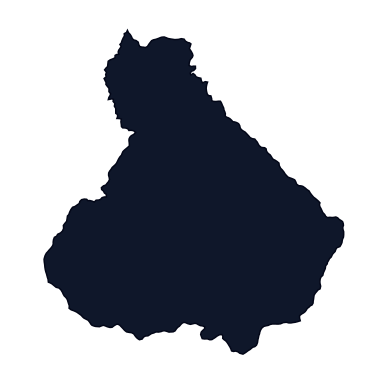 Gurinhatã, Minas Gerais, Brazil (Albers equal-area conic projection), rotated 358°
{"feature_id": "56859067B51410888588014", "entity_name": "Gurinhatã", "entity_type": "district", "adm_level": 2, "iso_a3": "BRA", "parent_name": "Brazil", "parent_adm1": "Minas Gerais", "projection": "albers", "projection_center": [-49.875, -19.057], "detail": "fine", "context": "isolated", "style": "filled", "palette": "ink", "viewbox_px": 384, "rotation_deg": 358, "n_neighbors": 0, "source": "geoboundaries", "source_scale": "gbopen_adm2", "svg_char_len": 5981}
<svg xmlns="http://www.w3.org/2000/svg" viewBox="0 0 384 384"><g transform="rotate(358 192 192)"><path d="M295.7,324.5L295.1,321.8L295.2,319.3L297.4,317.7L299.3,316.7L300.9,315.5L302.1,314.0L303.1,312.4L305.0,311.1L306.3,309.8L308.0,309.1L309.1,307.3L309.3,305.3L309.7,303.5L310.0,301.6L310.4,299.4L311.7,297.4L313.0,296.0L314.6,294.2L316.6,293.3L317.3,290.6L316.7,287.6L316.7,285.6L317.1,283.3L318.0,281.4L319.8,279.9L320.5,277.3L321.5,275.3L322.5,273.2L323.0,270.4L324.6,268.6L325.0,266.8L326.0,265.4L327.0,263.5L328.9,261.8L330.2,259.2L331.4,257.9L332.9,256.5L333.7,254.5L334.6,252.9L336.3,252.2L337.9,251.7L339.1,249.8L340.1,247.8L340.4,246.0L340.8,244.4L341.8,242.4L342.1,240.1L342.2,237.0L341.5,234.3L341.5,232.3L342.2,230.6L342.0,228.6L341.4,226.8L339.8,225.6L338.0,224.4L336.7,222.9L334.9,222.0L332.9,222.3L331.2,222.4L328.9,222.1L326.5,222.3L324.8,221.1L323.8,219.1L322.0,217.1L321.0,214.7L320.3,213.0L319.3,211.1L318.9,209.1L319.5,207.3L318.1,205.6L316.5,204.1L315.2,202.9L313.3,201.4L311.5,199.1L310.1,197.1L309.0,195.0L307.1,193.7L305.2,191.9L302.9,190.2L300.9,189.6L299.0,189.5L296.9,187.9L295.9,185.1L295.0,183.4L293.5,182.6L291.7,181.8L290.1,181.2L288.4,180.4L286.9,178.7L285.6,177.1L284.6,175.3L283.0,173.1L281.4,171.4L280.1,168.6L279.9,166.1L278.1,164.5L276.1,163.1L274.3,162.2L273.2,160.7L272.3,159.0L271.3,157.5L269.8,156.4L268.6,155.0L267.8,153.4L267.6,151.5L266.2,150.3L262.9,149.9L260.7,148.0L259.7,146.1L259.0,144.5L257.8,143.0L256.6,141.3L254.1,140.8L252.0,139.7L250.7,138.0L248.9,135.9L247.2,134.0L245.3,132.8L243.4,131.3L242.4,129.6L242.0,127.3L240.9,125.3L239.1,124.2L237.2,123.5L235.3,123.2L234.0,121.6L232.3,119.9L230.5,118.9L229.0,118.4L227.8,117.0L228.1,115.0L227.6,113.1L226.8,111.1L226.6,109.2L225.4,106.4L224.6,104.2L223.6,102.3L221.6,102.2L219.0,102.4L216.7,102.2L215.0,101.5L214.9,99.3L214.2,96.6L211.8,96.2L210.6,94.5L210.0,91.7L209.8,88.9L210.1,86.8L210.7,84.5L211.4,82.7L209.1,82.2L206.3,83.3L205.2,81.0L204.8,78.6L202.4,78.0L200.2,77.1L198.9,74.9L197.2,73.6L194.9,75.1L194.3,73.1L195.8,71.3L198.0,70.6L199.8,68.8L199.8,66.4L198.0,66.3L195.7,66.6L193.5,65.5L193.6,63.8L194.0,62.0L194.7,60.0L195.8,58.7L197.0,57.4L197.7,55.7L197.3,53.9L196.4,52.0L195.5,50.4L194.4,48.8L195.2,46.5L196.1,44.0L194.8,42.9L192.9,42.4L190.7,41.0L189.5,39.0L186.7,38.4L183.8,39.0L180.2,39.1L175.9,38.3L173.3,37.7L171.6,36.9L169.6,36.1L167.3,36.2L165.7,36.6L164.2,37.2L161.4,38.1L158.7,38.6L156.9,39.4L155.8,40.7L154.3,42.5L152.5,45.1L150.4,46.0L148.7,45.6L146.9,45.4L144.9,44.8L143.9,42.7L143.5,40.4L141.4,38.7L139.1,38.0L137.7,36.6L136.8,34.3L135.7,32.4L134.1,30.6L133.1,28.2L132.1,30.3L129.8,31.4L129.9,33.7L128.6,35.7L127.3,38.4L126.5,40.7L125.1,42.0L126.3,44.1L124.9,46.2L123.7,47.7L123.1,49.5L123.6,51.8L121.4,52.0L119.9,52.8L119.8,55.1L118.0,56.0L114.8,57.1L112.8,58.4L112.0,63.7L110.4,65.1L108.9,66.9L110.7,69.4L109.8,71.6L110.3,73.8L108.1,75.5L109.1,77.8L110.0,79.7L109.7,81.4L110.9,83.2L112.7,85.6L112.5,88.9L114.1,91.0L113.4,92.8L112.2,94.6L111.6,96.7L115.2,96.1L116.7,96.7L116.3,98.7L118.0,100.8L117.4,103.5L118.7,105.8L118.6,108.8L118.6,110.8L120.3,112.0L120.2,114.2L119.5,115.9L121.9,116.0L123.9,116.7L123.4,119.4L123.7,122.0L123.8,124.2L125.0,125.5L127.4,125.6L130.0,126.5L131.1,128.3L133.2,128.2L135.7,128.7L137.7,130.4L135.8,132.4L133.3,133.6L131.8,135.1L130.9,136.9L130.8,138.7L131.0,140.8L131.0,143.7L129.1,145.3L127.7,146.4L126.0,147.7L124.4,149.2L123.6,150.8L122.8,152.7L121.0,154.6L119.7,156.6L118.6,158.7L117.5,160.7L116.3,162.0L114.9,163.2L113.1,164.7L111.7,166.8L110.4,168.3L109.4,170.1L109.2,172.3L109.7,174.4L110.0,176.7L108.8,178.9L107.5,180.3L106.1,182.0L103.7,182.8L101.6,184.5L101.8,186.4L103.6,188.0L104.4,189.9L106.2,191.3L106.3,193.9L104.1,193.9L101.9,194.5L100.3,196.2L98.3,196.8L95.9,196.8L94.0,198.6L91.8,197.6L89.6,197.0L87.6,197.0L86.5,195.6L84.1,195.3L81.4,195.8L79.6,197.5L78.9,199.6L76.8,200.9L74.7,202.3L72.1,203.1L70.4,205.3L69.0,207.9L68.1,210.3L66.7,211.6L66.3,214.0L65.7,216.9L63.8,219.0L62.3,220.9L62.4,223.9L61.2,226.5L59.2,228.3L56.2,229.6L55.2,231.4L52.9,232.5L51.9,234.9L51.5,237.2L51.5,239.1L50.9,240.7L49.6,242.5L48.2,244.0L47.0,245.2L45.8,246.6L44.3,248.1L43.0,250.4L42.3,252.4L41.8,254.1L41.9,256.7L42.2,259.3L42.4,262.4L42.7,264.7L43.1,266.6L43.7,268.6L44.5,272.2L45.1,274.2L45.3,277.1L47.0,277.8L48.7,278.8L50.4,280.3L52.9,282.5L55.7,283.3L57.6,285.2L59.0,287.7L59.8,289.7L60.7,291.4L62.1,292.8L63.1,294.1L63.8,295.7L64.5,298.4L65.4,301.4L65.1,303.9L67.1,305.5L70.1,306.7L72.6,308.0L74.7,309.6L76.9,311.3L78.5,313.2L79.7,314.3L83.7,316.5L85.3,318.7L86.3,320.5L87.4,321.7L89.3,322.5L91.0,323.0L92.9,323.2L94.8,323.4L96.7,322.7L98.6,322.1L100.5,322.7L102.6,323.7L105.3,324.5L107.4,324.4L109.5,322.9L111.6,321.7L113.3,321.5L115.2,322.6L116.9,324.5L118.5,326.3L119.8,327.9L121.7,329.5L124.2,330.1L126.7,330.5L128.8,331.7L130.6,334.5L132.3,336.4L134.3,337.8L137.1,337.2L138.5,335.3L140.5,334.3L143.0,334.2L146.5,332.1L149.0,331.5L151.0,330.6L153.8,330.8L156.3,330.4L157.9,329.8L159.8,329.7L162.0,330.4L164.1,331.2L166.2,331.1L168.2,331.1L170.2,330.2L171.8,328.0L173.1,326.7L174.7,325.7L176.3,323.9L177.8,322.6L179.4,322.0L181.1,322.4L183.4,323.5L185.8,324.2L190.4,323.3L192.2,323.8L193.7,324.8L195.6,325.8L197.9,326.2L200.0,327.1L199.7,329.3L197.9,330.7L196.3,332.4L195.7,334.8L196.3,336.6L197.1,338.9L199.3,339.3L202.2,339.3L204.7,340.3L206.7,340.2L210.0,338.3L212.1,336.8L214.6,335.6L217.0,335.5L217.8,337.2L217.6,339.4L219.0,340.8L220.5,341.9L221.7,343.4L222.7,345.0L223.7,346.8L224.6,348.4L225.4,350.2L226.0,352.2L227.9,352.8L230.0,352.5L232.3,353.3L234.1,354.8L237.3,355.8L240.0,354.3L242.4,352.6L244.4,351.5L245.8,350.4L247.2,349.3L249.4,348.7L251.1,347.3L252.2,344.8L252.7,341.9L253.3,339.9L253.7,338.0L254.5,336.1L254.9,334.3L255.7,332.4L256.9,330.5L259.1,328.8L261.3,328.3L263.4,328.0L265.5,327.1L267.7,326.7L270.2,326.8L273.7,327.0L275.9,326.8L278.7,325.7L281.8,325.5L284.1,326.2L286.3,326.3L288.4,326.0L290.5,325.8L293.2,325.2L295.7,324.5Z" fill="#0f172a" stroke="#020617" stroke-width="1.5"/></g></svg>